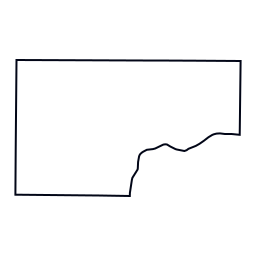 Muscatine, Iowa, United States of America
{"feature_id": "52423323B78769996222948", "entity_name": "Muscatine", "entity_type": "district", "adm_level": 2, "iso_a3": "USA", "parent_name": "United States of America", "parent_adm1": "Iowa", "projection": "mercator", "projection_center": [-90.995, 41.466], "detail": "fine", "context": "isolated", "style": "outline", "palette": "ink", "viewbox_px": 256, "rotation_deg": 0, "n_neighbors": 0, "source": "geoboundaries", "source_scale": "gbopen_adm2", "svg_char_len": 657}
<svg xmlns="http://www.w3.org/2000/svg" viewBox="0 0 256 256"><path d="M15.7,150.0L15.4,194.7L99.1,195.5L129.8,196.0L129.9,192.9L131.9,179.8L132.4,177.8L137.6,169.5L137.8,168.3L138.1,161.9L139.1,156.3L139.8,154.7L140.5,153.8L142.1,152.4L143.2,151.7L146.8,149.8L152.9,149.1L155.2,148.5L163.3,144.6L165.2,144.3L167.0,144.5L170.3,146.5L175.5,149.1L176.8,149.5L184.4,151.0L186.6,150.2L188.5,148.8L195.8,145.9L199.5,143.8L203.7,140.9L208.5,137.2L212.3,134.9L213.8,134.3L216.5,133.6L220.0,133.4L224.9,134.0L231.6,134.0L239.7,134.8L239.8,128.2L240.6,61.0L196.0,60.7L155.4,60.5L142.8,60.5L16.5,60.0L15.7,150.0Z" fill="none" stroke="#020617" stroke-width="2"/></svg>